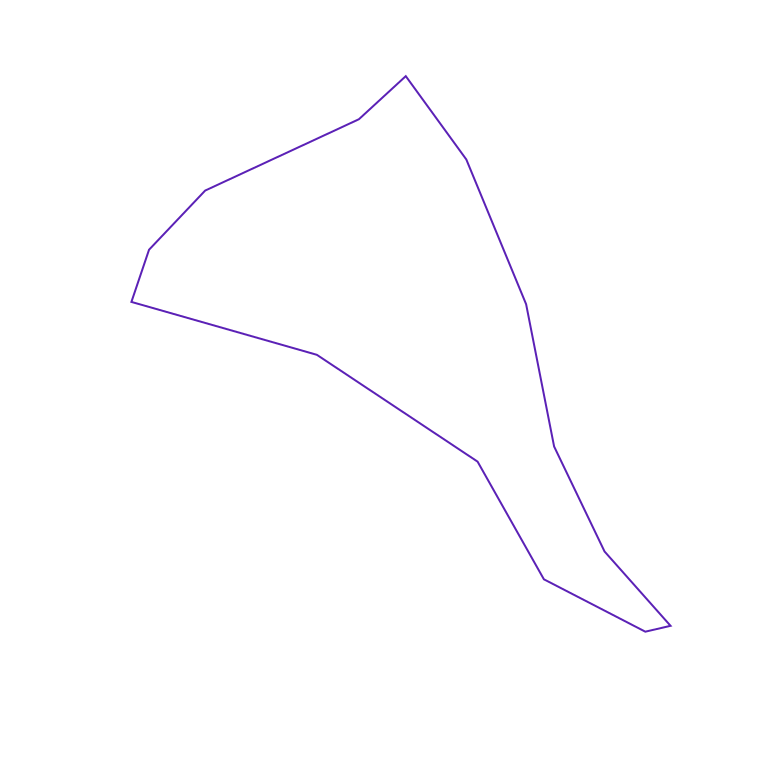 outline of Sədərək, rotated 78°
{"feature_id": "AZE-2415", "entity_name": "Sədərək", "entity_type": "District", "adm_level": 1, "iso_a3": "AZE", "parent_name": "Azerbaijan", "parent_adm1": "", "projection": "equal_earth", "projection_center": [44.859, 39.683], "detail": "fine", "context": "isolated", "style": "outline", "palette": "violet", "viewbox_px": 768, "rotation_deg": 78, "n_neighbors": 0, "source": "natural_earth", "source_scale": "10m", "svg_char_len": 356}
<svg xmlns="http://www.w3.org/2000/svg" viewBox="0 0 768 768"><g transform="rotate(78 384 384)"><path d="M480.5,230.6L593.7,203.1L680.1,154.0L680.6,179.9L608.3,268.2L479.4,308.6L341.5,443.6L251.2,614.0L203.8,585.9L195.0,573.1L157.6,518.7L119.8,353.5L87.4,298.7L181.5,256.8L335.5,228.4L480.5,230.6Z" fill="none" stroke="#5b21b6" stroke-width="2"/></g></svg>